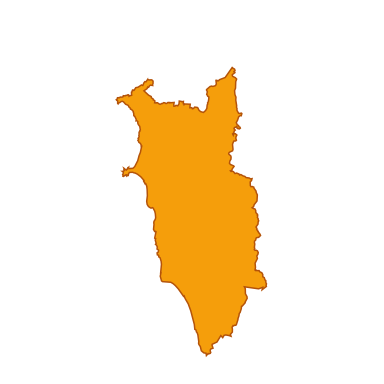 the district of Kaikoura District, Canterbury, New Zealand, rotated 125°
{"feature_id": "76426892B84594849147158", "entity_name": "Kaikoura District", "entity_type": "district", "adm_level": 2, "iso_a3": "NZL", "parent_name": "New Zealand", "parent_adm1": "Canterbury", "projection": "robinson", "projection_center": [173.63, -42.236], "detail": "fine", "context": "isolated", "style": "filled", "palette": "amber", "viewbox_px": 384, "rotation_deg": 125, "n_neighbors": 0, "source": "geoboundaries", "source_scale": "gbopen_adm2", "svg_char_len": 6051}
<svg xmlns="http://www.w3.org/2000/svg" viewBox="0 0 384 384"><g transform="rotate(125 192 192)"><path d="M84.2,233.9L85.8,234.2L86.4,235.0L86.2,235.7L86.8,236.4L89.6,234.0L90.9,233.8L91.8,234.0L93.6,235.5L94.0,236.7L95.2,237.7L99.6,238.8L100.1,238.7L101.1,236.9L103.7,235.9L103.9,235.0L104.5,234.2L104.5,232.7L106.1,231.7L108.8,230.4L110.0,230.4L110.9,229.6L112.0,229.5L115.0,227.8L117.5,227.6L120.3,228.3L121.2,231.0L121.1,232.4L120.8,233.7L119.8,235.2L119.7,236.2L120.9,238.5L122.7,238.7L123.4,239.2L123.6,239.6L123.1,240.2L123.2,240.8L124.2,242.1L121.1,243.8L124.1,248.5L125.0,248.6L124.4,249.4L124.6,249.8L122.7,251.0L123.9,252.1L123.9,252.7L124.8,254.6L127.2,253.2L129.6,253.1L130.2,254.8L131.4,255.2L132.1,256.0L130.8,257.1L128.9,258.0L131.8,261.5L131.5,261.6L132.5,263.1L133.9,263.5L134.5,264.2L134.5,265.3L135.0,266.4L136.7,267.1L136.9,267.6L138.4,268.3L138.7,269.1L138.7,271.5L139.2,272.3L139.8,272.5L140.0,273.5L140.3,273.8L138.7,274.6L138.5,275.4L138.8,276.5L138.1,277.1L138.1,279.4L137.2,280.2L137.6,283.0L136.7,289.4L133.1,288.1L131.5,288.5L131.2,287.6L129.3,287.7L128.3,287.3L127.3,285.3L126.9,285.8L125.4,286.2L123.5,287.5L123.2,289.1L123.5,289.8L124.4,290.8L125.4,292.7L125.2,292.9L128.1,292.9L128.6,293.9L130.1,294.0L133.0,293.4L133.3,294.8L137.1,296.3L138.8,297.9L142.0,297.8L142.5,298.5L142.3,299.0L142.7,299.2L144.7,298.6L145.5,299.1L145.2,298.7L147.4,296.9L149.0,298.3L149.7,298.5L148.8,299.7L149.4,300.5L150.0,300.6L150.8,301.6L151.6,301.9L152.5,303.5L153.4,303.1L154.4,303.7L155.4,305.2L156.5,305.7L157.5,307.1L158.5,306.6L159.8,307.0L160.1,306.2L159.9,305.2L162.1,303.7L162.2,303.1L161.1,303.3L160.5,302.6L158.7,302.0L157.7,301.2L157.4,300.0L158.2,296.7L157.7,294.4L157.8,293.5L158.5,292.7L158.6,291.0L159.4,289.9L159.1,288.9L159.7,286.3L160.6,285.6L160.9,284.9L162.7,283.6L163.0,282.7L162.8,282.4L164.2,279.9L164.9,279.0L165.8,278.7L165.3,278.1L165.4,276.8L166.6,276.0L167.5,274.7L168.2,272.5L170.8,269.9L171.5,270.0L172.3,269.5L173.3,269.7L175.6,268.1L176.3,267.9L177.0,267.0L179.0,266.9L179.2,266.1L180.8,265.9L181.1,264.9L181.8,264.0L181.8,262.4L182.4,260.9L184.3,259.3L184.0,259.2L189.2,257.0L192.6,256.2L197.5,254.4L203.9,253.5L206.0,253.8L207.1,254.6L207.7,255.7L208.5,256.2L208.6,257.5L209.0,258.2L208.5,258.3L209.0,258.5L210.1,257.9L210.5,258.4L211.6,258.3L211.8,259.5L212.2,259.7L211.6,260.4L211.6,261.4L212.0,260.8L212.8,260.6L213.1,259.9L214.5,260.1L215.0,260.8L215.0,259.7L217.0,258.7L217.5,258.8L217.9,258.0L218.7,257.7L218.6,257.1L216.0,256.1L215.6,255.6L216.3,254.9L215.7,254.8L215.7,254.3L214.8,254.3L214.8,253.8L213.0,254.6L211.6,254.2L209.8,251.8L209.6,250.5L209.1,249.5L208.7,246.9L208.9,242.7L210.0,238.2L210.3,237.7L210.8,237.9L212.2,235.1L211.7,235.0L211.8,234.5L213.3,232.3L215.8,230.1L220.7,226.4L225.6,223.8L227.9,221.6L228.9,219.3L228.9,217.9L228.7,216.3L227.5,215.4L227.5,214.6L229.1,211.5L230.8,209.6L233.8,207.1L235.4,206.4L237.8,206.3L239.2,205.6L240.4,204.5L244.7,202.1L245.8,199.9L245.1,199.2L245.2,198.7L251.2,196.1L251.4,195.2L251.2,195.0L252.6,194.4L254.6,191.9L255.8,191.9L255.9,190.7L256.8,189.0L258.8,187.9L258.7,186.7L258.9,186.0L260.5,185.2L261.9,185.7L263.4,184.3L263.0,183.2L263.4,182.5L264.2,182.1L264.2,180.4L266.6,177.4L268.8,175.5L276.4,171.2L276.2,171.0L279.2,169.7L282.3,166.0L282.3,164.7L278.1,157.6L277.9,154.8L278.2,152.0L279.2,147.7L282.3,139.1L281.6,138.9L281.8,138.4L282.2,138.2L283.4,136.1L285.8,130.9L290.0,124.9L299.0,114.3L302.9,110.9L302.7,110.0L302.9,109.4L304.1,108.1L304.2,107.3L305.6,105.3L310.6,100.7L312.2,99.8L313.0,98.8L313.8,96.6L316.7,93.3L317.0,90.0L316.0,88.0L317.7,86.4L315.1,86.1L315.2,85.6L313.7,84.5L312.7,84.6L311.7,86.0L310.7,86.5L309.7,86.5L307.9,85.2L305.9,87.8L305.1,88.1L300.6,85.5L293.1,86.0L293.7,83.3L291.0,83.5L289.7,82.3L288.3,79.2L287.8,77.3L286.6,78.9L283.6,78.6L281.2,80.2L279.8,81.6L277.9,81.7L277.9,81.2L276.6,80.6L276.1,79.7L275.2,79.6L270.1,81.2L269.7,81.6L266.6,82.5L264.4,83.6L263.1,83.5L259.3,84.7L257.2,85.9L256.7,85.4L252.2,84.9L251.8,85.3L247.5,85.8L246.2,86.9L244.7,89.9L240.6,92.9L239.6,94.7L233.1,81.9L229.5,79.4L231.8,78.5L226.7,76.9L225.9,77.8L224.5,78.3L223.9,79.5L222.2,80.8L222.2,81.8L220.7,83.7L220.8,85.4L219.0,86.7L218.1,88.5L218.5,90.9L217.9,91.9L219.4,94.1L219.2,94.8L219.9,95.0L219.8,95.6L217.3,96.8L214.1,99.5L208.9,100.3L207.3,102.2L205.2,102.3L203.6,103.0L202.7,104.6L202.9,106.1L203.6,106.9L203.5,107.9L202.1,108.3L201.8,109.0L198.5,110.8L198.0,111.6L196.4,112.6L194.7,112.3L193.6,112.9L192.5,113.0L190.9,111.4L188.3,110.9L187.6,112.0L187.1,113.3L187.2,113.9L186.5,114.9L186.6,115.4L185.7,116.3L185.8,117.3L184.6,118.0L184.0,119.5L180.5,119.5L178.5,120.7L177.4,120.8L176.6,122.1L176.0,122.4L175.3,123.9L173.7,124.6L173.6,125.2L172.8,125.4L172.2,128.0L170.6,129.2L169.8,130.7L170.3,132.1L170.4,133.7L168.6,133.2L166.7,133.8L162.1,133.6L156.9,136.8L155.5,139.2L154.5,140.1L153.3,143.5L152.6,144.1L152.9,145.7L153.8,146.7L153.3,147.9L150.4,150.1L148.5,149.8L146.6,150.5L147.7,151.6L147.7,153.1L149.2,156.1L148.9,157.7L149.5,159.2L149.7,162.0L150.8,162.8L150.3,163.8L150.9,166.3L152.2,167.4L151.6,169.6L151.8,170.9L152.8,171.8L152.6,172.7L151.4,171.9L149.7,172.3L146.9,172.2L146.7,172.8L147.4,176.3L147.0,177.8L144.8,178.8L142.8,178.9L141.0,180.0L140.2,180.9L139.9,183.5L139.2,184.2L137.9,184.1L135.0,182.4L133.5,182.9L129.8,186.1L128.0,186.7L126.2,186.9L125.1,185.5L124.1,185.3L123.1,186.7L121.7,187.6L119.6,187.9L119.4,189.9L119.9,190.9L120.6,191.2L121.8,190.8L121.1,192.1L119.6,191.7L117.7,192.4L116.5,192.1L116.1,193.9L114.8,194.2L113.9,193.4L112.8,193.1L112.8,192.6L113.8,191.8L113.9,191.2L113.2,189.4L112.0,189.0L111.4,189.8L111.6,190.9L110.9,192.0L111.0,193.6L109.7,195.6L107.3,195.8L103.7,196.9L101.7,196.3L101.3,195.4L99.2,196.1L99.0,196.7L100.6,198.4L100.8,199.0L99.2,202.2L97.9,202.9L97.1,204.1L95.6,205.0L91.7,208.8L89.1,210.4L87.5,212.8L84.5,215.3L82.0,215.9L76.5,219.5L73.9,220.2L73.5,222.1L73.9,225.0L73.5,225.8L72.7,226.3L69.6,225.3L69.3,225.6L69.5,226.3L69.3,226.8L67.7,226.5L66.9,227.7L67.3,230.1L66.3,230.5L79.2,230.5L84.2,233.9Z" fill="#f59e0b" stroke="#b45309" stroke-width="1.5"/></g></svg>